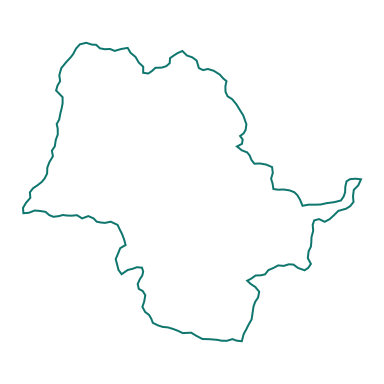 Miradouro, Minas Gerais, Brazil (Mercator projection)
{"feature_id": "56859067B1408644769677", "entity_name": "Miradouro", "entity_type": "district", "adm_level": 2, "iso_a3": "BRA", "parent_name": "Brazil", "parent_adm1": "Minas Gerais", "projection": "mercator", "projection_center": [-42.39, -20.852], "detail": "fine", "context": "isolated", "style": "outline", "palette": "teal", "viewbox_px": 384, "rotation_deg": 0, "n_neighbors": 0, "source": "geoboundaries", "source_scale": "gbopen_adm2", "svg_char_len": 2721}
<svg xmlns="http://www.w3.org/2000/svg" viewBox="0 0 384 384"><path d="M66.5,61.8L61.3,68.1L59.3,75.2L60.1,81.2L57.5,85.6L56.1,90.5L59.8,94.3L62.6,97.2L62.6,103.4L61.7,108.1L60.3,113.7L59.2,119.5L56.7,124.1L57.7,128.5L57.8,134.4L55.8,139.8L54.8,146.3L51.9,150.7L52.9,156.3L49.4,162.1L47.3,167.7L47.1,173.6L44.6,178.5L41.8,181.9L37.5,185.3L33.1,188.2L29.9,192.3L30.3,197.9L26.1,202.7L23.0,207.9L23.4,213.2L28.8,212.8L34.7,210.5L40.3,211.0L45.6,211.9L49.1,215.0L53.4,216.8L58.9,216.1L62.8,215.0L66.6,215.5L71.4,215.7L77.0,215.2L82.1,218.4L88.3,216.1L93.6,218.4L96.7,221.7L100.7,222.5L105.0,222.9L110.7,221.7L117.6,224.9L120.0,230.0L122.1,234.1L124.1,239.5L125.6,245.0L120.2,248.2L118.5,252.5L115.7,259.1L117.3,265.2L118.5,269.9L121.6,274.2L127.7,270.0L132.9,268.7L136.9,267.2L142.0,267.7L143.2,271.7L142.2,275.7L139.9,279.1L137.7,284.0L138.8,288.9L142.7,291.0L145.3,295.2L144.2,301.5L142.4,306.9L145.1,311.9L149.1,315.0L151.4,319.0L152.8,322.8L157.8,325.3L162.6,326.9L167.9,327.4L172.9,328.9L177.7,330.7L182.8,333.1L186.8,332.9L191.2,332.7L196.3,335.8L202.4,339.0L209.5,339.2L217.0,339.8L221.7,340.7L226.9,340.8L232.4,339.1L236.8,340.7L241.8,341.2L243.7,334.0L246.3,329.3L248.5,324.8L251.6,319.4L252.7,312.1L253.5,306.5L255.2,301.8L258.1,297.5L259.2,291.7L255.2,286.9L250.7,284.0L247.2,280.7L250.8,278.9L255.6,275.5L260.9,275.3L265.0,274.4L268.4,270.1L273.2,268.1L278.2,265.4L283.7,265.9L288.8,264.3L293.5,264.6L297.9,267.9L304.6,270.3L308.2,267.9L310.9,263.9L307.8,258.1L308.6,251.3L310.9,246.6L311.3,242.1L311.5,237.2L313.2,230.8L312.7,224.8L314.2,220.4L319.1,219.1L324.7,221.8L329.6,219.2L334.2,215.0L338.3,210.9L342.1,209.8L345.9,208.8L350.1,206.2L353.5,202.0L353.0,196.2L353.8,189.9L358.3,185.3L361.0,179.3L355.3,178.7L349.9,179.2L346.5,181.4L345.3,186.8L345.1,192.3L343.6,196.6L340.9,200.5L334.1,202.2L327.0,203.1L320.6,204.5L314.6,204.7L308.2,204.7L302.5,205.8L300.0,199.6L297.3,195.1L294.3,192.2L289.6,190.4L283.7,189.5L278.1,189.7L273.4,189.0L272.6,183.6L271.1,178.7L272.8,172.9L272.1,167.1L266.3,164.6L260.0,163.5L254.4,163.7L251.4,159.9L249.8,155.7L247.2,152.4L241.8,150.3L237.0,146.5L242.0,143.8L242.7,139.5L240.1,136.0L243.6,133.4L245.6,129.9L246.4,124.3L243.3,115.5L240.1,110.4L236.6,104.6L232.2,99.2L227.6,96.3L225.5,91.8L225.4,86.2L226.5,81.2L223.2,78.4L219.7,74.5L213.8,70.8L207.9,69.0L203.1,70.1L198.9,68.1L196.6,60.5L192.2,57.3L186.9,55.5L182.4,51.0L177.6,53.1L173.8,55.5L170.0,58.2L169.7,63.2L166.2,66.2L161.8,67.6L155.4,67.8L152.0,71.0L148.3,73.5L143.2,72.8L143.2,66.7L138.8,62.6L135.5,56.9L130.6,52.9L127.7,47.9L121.2,49.0L114.7,50.9L110.1,49.0L104.6,49.2L99.9,48.3L96.1,44.8L91.9,44.6L86.3,42.8L79.9,44.3L76.0,48.6L73.2,54.0L70.8,57.2L66.5,61.8Z" fill="none" stroke="#0f766e" stroke-width="2"/></svg>